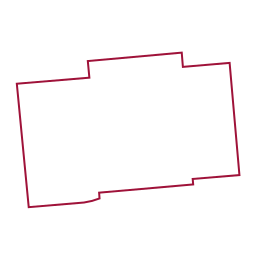 Garden, Nebraska, United States of America, rotated 265°
{"feature_id": "52423323B8475953570215", "entity_name": "Garden", "entity_type": "district", "adm_level": 2, "iso_a3": "USA", "parent_name": "United States of America", "parent_adm1": "Nebraska", "projection": "mercator", "projection_center": [-102.377, 41.615], "detail": "fine", "context": "isolated", "style": "outline", "palette": "rose", "viewbox_px": 256, "rotation_deg": 265, "n_neighbors": 0, "source": "geoboundaries", "source_scale": "gbopen_adm2", "svg_char_len": 341}
<svg xmlns="http://www.w3.org/2000/svg" viewBox="0 0 256 256"><g transform="rotate(265 128 128)"><path d="M198.4,188.1L198.2,93.8L181.5,93.9L181.8,21.1L57.8,22.2L57.6,77.7L58.5,85.8L60.3,93.5L66.1,93.6L66.1,176.1L66.1,188.0L71.6,188.0L71.4,234.9L184.0,234.9L184.1,188.0L198.4,188.1Z" fill="none" stroke="#9f1239" stroke-width="2"/></g></svg>